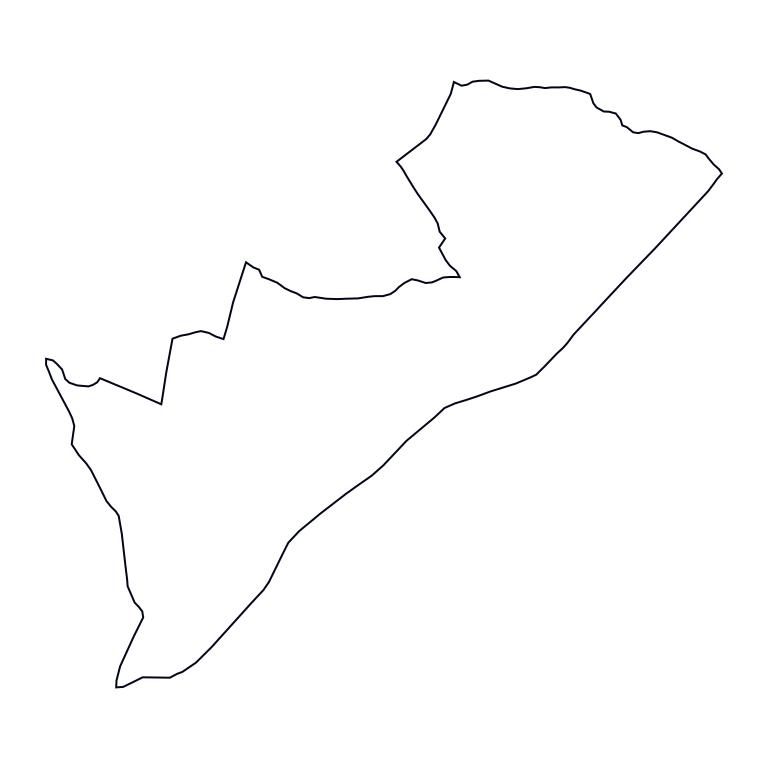 the district of Roysambu, Nairobi, Kenya
{"feature_id": "3690345B88472168203612", "entity_name": "Roysambu", "entity_type": "district", "adm_level": 2, "iso_a3": "KEN", "parent_name": "Kenya", "parent_adm1": "Nairobi", "projection": "orthographic", "projection_center": [36.883, -1.208], "detail": "fine", "context": "isolated", "style": "outline", "palette": "ink", "viewbox_px": 768, "rotation_deg": 0, "n_neighbors": 0, "source": "geoboundaries", "source_scale": "gbopen_adm2", "svg_char_len": 2398}
<svg xmlns="http://www.w3.org/2000/svg" viewBox="0 0 768 768"><path d="M453.9,82.0L450.8,93.8L435.8,124.4L430.2,134.4L426.3,139.0L396.5,161.8L400.6,166.4L403.5,170.7L406.1,175.3L409.4,180.7L412.5,185.8L417.6,193.8L429.7,210.6L434.7,217.9L437.7,223.5L439.7,231.7L445.2,238.5L439.0,247.6L445.7,260.1L449.9,265.7L456.3,271.1L459.7,277.2L454.5,277.0L449.6,277.0L443.1,277.5L436.6,280.5L432.0,282.4L425.7,283.0L418.1,280.5L411.7,279.2L404.5,282.9L399.0,287.0L395.3,290.8L390.3,294.1L383.0,296.1L374.7,296.1L367.4,296.9L358.1,298.4L346.7,298.7L337.4,299.1L326.0,298.7L314.8,297.0L309.2,298.1L303.1,297.3L296.8,293.4L290.9,291.2L284.7,288.2L277.2,282.7L268.9,279.2L262.2,276.8L259.1,269.7L253.5,267.5L246.0,262.3L233.1,302.4L227.2,326.8L223.5,339.1L215.7,336.5L208.8,332.9L200.9,331.1L195.3,332.3L188.5,334.3L180.8,335.7L172.5,338.7L166.2,372.8L162.4,397.6L161.3,404.3L137.4,393.8L100.0,378.2L97.3,382.2L93.0,384.9L88.4,386.4L83.5,386.0L77.1,385.4L69.5,382.8L65.3,379.1L62.1,369.5L56.6,363.6L52.9,360.4L46.1,358.8L46.1,364.9L48.6,370.8L51.9,379.4L69.0,411.4L72.2,418.3L74.3,426.0L71.7,444.3L78.9,455.2L86.0,463.1L91.0,470.1L99.6,487.1L106.5,501.1L111.0,506.7L115.8,511.4L118.7,515.9L121.8,533.8L125.3,564.5L127.2,580.2L127.6,586.2L134.6,602.5L139.1,607.2L142.3,611.5L143.2,617.5L134.1,635.7L120.1,666.4L116.5,680.5L116.2,687.4L123.2,686.9L142.7,677.3L169.9,677.7L177.4,673.7L182.2,672.0L196.0,662.6L211.4,647.3L252.2,602.1L263.3,590.2L268.9,582.1L282.5,554.3L288.3,542.7L299.1,531.2L303.9,527.2L320.7,513.3L346.0,493.8L358.6,484.8L371.8,475.6L383.3,465.4L406.5,440.8L434.4,417.5L444.5,408.0L455.0,403.4L466.8,399.8L477.9,396.1L490.9,391.3L515.7,383.6L531.6,376.9L536.4,374.6L540.5,370.4L544.7,366.3L556.9,353.5L563.0,347.9L567.2,343.2L573.6,334.6L590.4,316.6L594.5,312.3L601.3,304.9L626.5,277.9L655.2,248.2L660.5,242.5L708.1,191.2L713.3,184.3L717.1,179.0L721.9,173.6L719.2,169.4L713.7,164.5L708.8,158.7L705.6,154.4L700.0,151.5L692.1,148.6L678.5,141.5L671.9,137.7L657.0,132.3L650.4,131.2L643.7,131.7L638.4,133.1L633.1,132.3L626.8,127.1L622.3,125.4L620.6,119.8L615.8,113.5L609.0,111.7L603.8,111.5L596.6,107.5L593.4,103.3L590.2,94.0L585.0,92.1L579.9,90.4L574.8,89.3L569.9,87.8L565.1,87.1L558.8,87.4L551.3,87.4L545.0,88.1L539.8,87.2L534.3,86.9L526.2,88.3L517.8,89.1L509.8,88.4L502.2,86.7L488.5,80.6L479.2,80.8L472.5,81.7L467.4,84.6L461.6,85.7L453.9,82.0Z" fill="none" stroke="#020617" stroke-width="2"/></svg>